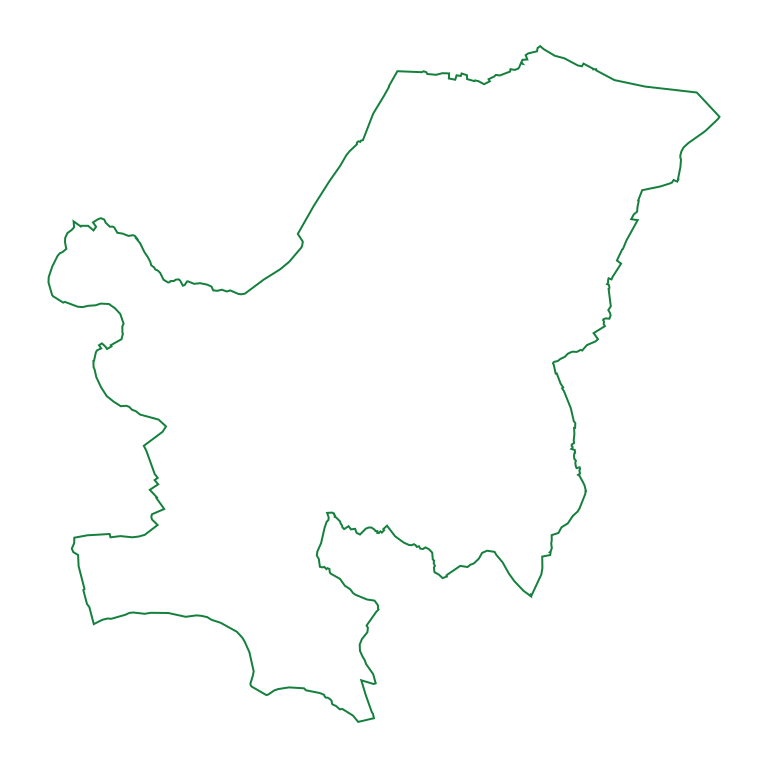 the district of Oude IJsselstreek, Gelderland, Netherlands
{"feature_id": "6326949B61856453224086", "entity_name": "Oude IJsselstreek", "entity_type": "district", "adm_level": 2, "iso_a3": "NLD", "parent_name": "Netherlands", "parent_adm1": "Gelderland", "projection": "orthographic", "projection_center": [6.392, 51.903], "detail": "fine", "context": "isolated", "style": "outline", "palette": "green", "viewbox_px": 768, "rotation_deg": 0, "n_neighbors": 0, "source": "geoboundaries", "source_scale": "gbopen_adm2", "svg_char_len": 6024}
<svg xmlns="http://www.w3.org/2000/svg" viewBox="0 0 768 768"><path d="M719.5,116.8L696.8,92.5L645.3,86.6L614.5,80.1L596.2,70.4L596.2,69.2L593.3,69.3L593.4,68.9L583.5,63.6L581.9,66.3L577.7,65.4L564.4,58.3L554.9,55.8L543.7,49.2L540.2,46.1L537.6,48.0L537.0,51.3L528.2,53.4L525.7,55.1L527.3,59.5L522.5,59.8L521.4,62.1L522.7,63.8L520.8,63.4L519.1,67.5L518.0,68.7L514.8,69.9L510.5,69.2L510.0,71.6L499.7,75.5L495.9,74.9L494.2,76.5L488.6,79.2L489.8,81.3L484.1,84.2L478.5,81.2L475.0,80.4L474.3,81.1L467.1,79.1L466.9,75.2L461.6,73.5L460.8,76.0L456.6,75.3L455.2,79.7L448.9,78.5L449.1,73.4L442.3,73.2L436.2,74.8L427.3,74.0L426.3,72.2L423.6,71.3L421.8,72.2L397.4,71.2L388.8,86.3L389.0,86.9L384.3,95.3L373.2,113.6L362.9,140.2L360.9,140.6L360.2,141.9L358.7,141.3L357.7,141.8L356.9,142.7L356.9,144.3L349.6,151.2L346.4,155.1L340.4,165.5L329.0,181.8L313.8,205.8L297.8,233.9L302.8,241.6L302.2,245.6L301.3,247.6L289.2,261.8L280.3,269.2L263.9,279.5L244.8,293.7L240.8,294.3L238.3,293.9L230.2,290.4L226.8,291.5L221.8,289.7L217.5,290.8L213.2,290.4L211.5,286.6L207.4,284.7L200.2,283.2L194.0,283.8L187.9,281.3L187.0,281.5L184.7,285.0L182.9,285.7L180.2,280.7L178.8,279.4L175.8,279.6L174.2,280.9L170.4,281.1L169.6,282.2L168.2,282.5L163.5,279.7L160.2,272.9L157.6,270.4L155.4,269.6L154.2,267.5L151.2,265.2L150.3,261.9L147.8,257.1L144.3,251.9L140.1,243.2L136.4,238.7L137.1,238.7L134.9,235.9L133.0,235.2L128.5,235.9L122.6,233.6L117.4,232.8L114.1,227.3L112.6,226.6L109.8,226.7L105.6,222.6L104.3,219.6L100.9,218.2L98.2,219.1L93.0,222.4L96.1,226.8L93.5,230.4L88.1,225.8L81.2,225.8L80.8,226.5L73.6,221.4L74.1,227.3L71.6,230.0L67.4,233.1L65.2,237.9L65.0,242.2L66.3,248.9L62.5,252.1L59.9,253.2L57.5,256.0L52.3,266.4L48.7,277.1L48.5,282.5L52.1,295.0L53.1,296.3L63.2,302.6L64.9,301.9L77.7,306.7L82.7,307.1L88.1,305.8L95.6,305.3L100.7,303.6L108.9,304.0L114.9,308.2L120.3,314.0L123.6,323.7L122.3,326.5L122.4,332.4L122.9,333.7L121.5,339.2L110.8,345.2L111.5,346.4L107.0,349.0L105.6,346.8L101.9,343.4L99.0,345.2L101.2,348.4L97.1,350.3L95.9,352.3L94.0,360.8L93.4,360.9L93.6,367.1L94.7,369.9L96.3,377.1L100.9,387.0L106.7,396.1L113.7,401.7L120.8,406.2L126.3,405.8L129.1,406.8L132.2,409.9L135.5,411.0L140.2,414.6L158.6,419.6L166.0,426.4L162.7,431.7L143.8,445.8L146.2,450.4L154.7,474.0L157.7,477.9L154.6,480.1L158.2,484.3L149.8,489.8L157.0,497.5L156.3,497.9L164.2,509.0L151.9,514.3L151.3,517.0L152.0,519.5L157.6,525.0L144.8,534.8L138.9,536.5L132.3,537.3L120.5,536.1L110.5,537.3L109.6,534.0L87.4,535.3L74.3,537.7L74.2,543.1L71.8,548.6L73.3,552.1L78.1,555.0L78.6,566.1L84.5,589.0L83.3,590.0L87.0,604.0L89.3,607.0L93.8,624.1L102.1,619.9L107.4,618.5L111.2,618.8L125.0,614.9L129.4,612.9L133.3,612.5L144.6,613.8L150.9,612.8L168.3,613.0L185.7,616.8L196.3,615.4L201.2,615.8L207.2,617.1L211.5,619.8L220.7,622.8L236.9,631.8L242.5,637.9L244.8,641.9L249.4,652.2L253.7,671.4L252.9,675.5L250.4,683.6L250.7,685.3L251.7,686.6L266.4,695.1L268.3,694.5L274.1,690.5L278.0,689.1L289.0,687.4L304.0,688.3L306.0,690.3L320.1,693.1L324.2,694.9L324.6,696.3L325.7,697.6L327.8,697.7L330.4,699.4L331.6,700.9L332.1,704.0L332.6,704.4L336.2,706.1L339.7,709.3L342.4,709.0L353.0,715.6L358.2,721.9L373.9,718.2L373.0,713.9L371.8,712.1L365.7,694.9L361.3,680.3L373.6,684.0L375.7,683.3L373.2,674.2L366.1,664.1L364.8,660.3L362.5,656.5L360.0,650.9L359.7,644.6L361.9,639.1L367.4,632.2L367.9,627.8L366.6,625.5L376.2,611.9L378.5,609.6L378.0,608.5L377.9,605.2L374.5,600.6L367.0,599.5L355.5,594.8L353.0,593.0L350.2,589.2L345.0,585.9L340.0,578.9L330.5,573.5L329.7,572.0L329.5,569.1L327.5,568.2L326.4,569.1L324.3,566.9L322.7,567.4L319.9,566.8L318.8,559.0L316.8,555.5L317.4,551.4L321.1,543.1L324.6,527.7L326.7,521.7L328.4,520.0L328.7,517.4L327.1,512.9L332.1,512.6L334.0,513.5L333.9,514.5L335.1,515.6L334.7,516.9L336.2,517.5L340.1,521.5L340.6,523.4L342.1,525.6L342.4,527.3L344.1,529.1L348.6,526.2L350.9,529.4L355.1,528.8L356.6,532.9L360.0,534.5L365.9,528.6L368.8,527.5L371.4,527.5L374.6,529.7L375.5,531.1L377.4,531.1L377.2,532.8L378.7,533.1L380.4,531.4L381.8,532.6L384.1,530.3L383.3,529.1L387.0,525.7L395.1,536.3L403.8,542.6L409.0,545.0L411.8,545.2L413.9,544.2L415.5,545.1L416.8,546.9L418.9,546.2L420.3,548.6L423.1,549.0L425.3,547.4L428.8,549.1L432.2,552.6L432.8,559.5L434.0,560.5L433.7,563.2L434.9,565.9L433.9,567.5L434.5,572.2L439.0,574.7L442.6,578.1L446.9,576.5L446.5,575.4L447.7,574.4L460.2,565.9L467.5,567.0L470.5,564.7L473.9,563.4L478.9,558.6L482.1,552.9L487.1,550.7L494.6,551.9L496.2,554.7L502.7,562.5L509.0,573.8L514.4,581.2L523.4,590.7L531.1,596.4L531.0,594.7L531.7,595.1L541.3,574.5L542.4,568.2L542.2,556.6L550.2,555.0L550.6,552.3L549.9,552.1L550.7,551.4L551.8,548.1L551.2,543.5L551.7,540.8L551.7,535.1L558.4,533.0L561.5,527.3L567.8,523.4L572.9,515.8L577.5,511.7L579.6,508.2L585.3,493.9L585.5,490.8L585.9,490.9L584.5,485.3L583.0,482.2L579.5,475.8L578.1,474.9L580.0,473.6L579.4,470.4L580.1,468.9L579.6,467.3L576.6,468.1L575.9,466.6L575.3,462.8L575.9,460.7L574.3,458.8L574.0,455.7L574.4,453.2L575.1,452.9L574.8,450.1L571.4,448.9L572.5,448.0L572.6,446.9L571.7,446.0L571.7,444.5L574.1,443.0L573.7,440.3L574.4,434.3L574.1,427.9L575.1,427.9L575.3,423.1L573.8,421.2L570.8,408.2L564.0,391.2L562.1,388.3L563.2,387.4L560.6,383.7L556.8,373.5L555.7,373.6L553.7,364.6L552.9,363.3L554.0,361.9L557.8,361.0L560.6,358.8L564.9,356.8L567.7,353.8L570.5,352.4L572.6,351.7L576.9,351.9L580.6,349.9L582.2,350.5L586.9,345.1L595.5,341.4L598.0,339.2L593.6,333.1L604.9,326.1L603.7,324.1L604.0,321.5L603.1,320.1L603.4,319.3L605.7,318.4L609.4,318.7L610.6,315.5L610.1,313.2L608.3,310.1L610.8,306.3L608.6,289.0L609.2,288.8L609.4,287.1L608.8,284.8L607.1,284.1L608.1,282.7L608.1,280.1L608.6,278.3L611.5,279.4L612.7,276.7L621.1,263.6L616.9,260.5L622.2,249.4L623.0,248.9L626.4,240.5L637.7,220.1L631.2,219.2L633.8,214.4L637.1,211.7L637.5,206.8L638.7,201.3L638.7,200.5L638.2,200.4L642.2,190.2L660.6,186.4L670.6,183.2L672.0,182.5L673.6,180.0L677.2,181.6L678.4,179.3L678.0,179.1L680.4,167.0L681.0,159.6L680.4,157.9L680.3,155.5L681.5,151.2L683.7,147.3L688.3,143.1L705.2,131.1L717.9,119.1L719.5,116.8Z" fill="none" stroke="#15803d" stroke-width="2"/></svg>